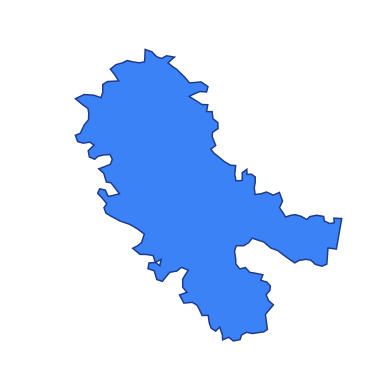 Novo Itacolomi, Paraná, Brazil, rotated 133°
{"feature_id": "56859067B16333418565367", "entity_name": "Novo Itacolomi", "entity_type": "district", "adm_level": 2, "iso_a3": "BRA", "parent_name": "Brazil", "parent_adm1": "Paraná", "projection": "robinson", "projection_center": [-51.532, -23.781], "detail": "fine", "context": "isolated", "style": "filled", "palette": "blue", "viewbox_px": 384, "rotation_deg": 133, "n_neighbors": 0, "source": "geoboundaries", "source_scale": "gbopen_adm2", "svg_char_len": 2570}
<svg xmlns="http://www.w3.org/2000/svg" viewBox="0 0 384 384"><g transform="rotate(133 192 192)"><path d="M267.2,56.2L262.8,58.2L257.5,56.5L254.4,51.4L245.3,44.1L241.1,43.1L231.4,54.9L219.0,55.5L219.2,61.8L216.6,67.7L210.8,68.0L207.3,70.6L206.8,75.7L209.7,81.6L204.2,83.7L207.9,89.8L211.4,95.0L210.8,101.4L215.7,104.7L214.6,111.1L211.5,114.0L206.2,120.6L201.1,123.0L196.0,117.5L190.2,116.0L184.7,116.5L182.3,111.1L179.6,105.5L179.2,96.2L176.3,89.3L175.6,81.6L174.7,74.7L173.8,68.5L168.9,67.0L163.5,62.7L160.8,58.5L160.8,52.6L157.7,46.4L152.8,44.2L140.2,54.4L135.3,47.5L109.3,64.4L114.4,70.4L117.4,67.0L121.0,69.6L123.0,75.4L120.1,79.1L124.0,85.0L129.6,89.0L133.9,89.3L135.3,95.5L138.1,100.9L141.4,103.7L146.4,106.5L144.9,112.2L143.8,117.3L136.9,119.6L132.7,127.8L138.9,130.4L141.2,137.5L146.4,140.4L150.8,144.2L146.4,149.4L142.0,152.2L137.8,156.1L138.5,160.7L141.6,163.8L138.0,167.4L143.6,168.4L149.3,163.2L153.9,167.3L150.0,172.7L142.9,178.1L146.2,182.2L147.7,189.2L148.6,202.6L147.8,207.5L141.8,206.4L137.8,214.9L134.3,217.7L127.8,216.2L123.6,220.5L124.1,226.7L119.5,232.1L123.3,236.2L117.4,240.0L121.3,244.5L122.6,251.9L124.0,259.3L119.2,257.5L113.1,254.7L108.9,249.6L104.0,252.2L105.3,260.4L108.6,263.4L113.9,268.1L113.0,275.8L112.8,287.0L113.5,291.9L113.9,297.6L109.5,297.3L105.3,296.8L109.7,303.5L115.0,305.2L117.2,310.1L116.8,317.0L119.7,323.5L125.3,318.6L129.2,315.5L133.4,318.6L136.5,323.0L140.1,329.1L144.9,330.9L150.8,334.5L157.9,335.5L158.9,328.4L160.8,321.4L168.8,329.1L174.3,330.6L179.8,325.3L185.1,322.9L188.2,329.9L194.2,337.3L203.3,340.9L202.8,332.2L201.9,325.0L204.6,321.4L209.7,317.0L216.6,316.5L225.4,313.7L230.0,316.0L233.1,310.1L230.6,305.0L225.2,300.7L224.5,295.7L232.7,296.0L236.4,290.9L234.4,285.5L230.2,285.2L225.4,282.1L220.5,277.5L222.5,272.6L227.6,270.6L238.7,276.0L238.5,269.3L243.1,261.4L240.5,257.5L241.9,249.1L242.7,243.9L248.1,247.2L252.4,250.3L249.7,256.7L252.6,261.7L257.3,260.1L257.7,253.4L258.7,246.3L263.5,245.7L266.1,240.6L265.0,235.0L262.3,224.9L258.1,215.4L256.2,206.9L255.3,198.2L263.4,194.4L268.9,195.2L273.6,197.0L273.1,187.6L268.6,182.5L265.0,177.1L268.5,170.7L273.2,175.1L278.1,171.9L275.4,165.8L280.0,158.1L277.6,152.7L271.9,153.2L265.9,153.5L260.0,149.1L254.4,148.4L251.7,141.4L257.2,140.4L262.1,139.4L268.1,133.7L268.8,127.3L275.8,130.9L278.8,122.2L272.5,116.5L271.3,111.1L273.0,106.3L275.4,100.4L271.2,96.0L276.1,89.9L278.5,85.2L277.6,79.8L271.9,79.6L275.7,72.4L279.2,68.8L273.2,66.0L272.7,60.1L267.2,56.2ZM268.5,170.7L262.3,168.6L267.9,165.3L268.5,170.7Z" fill="#3b82f6" stroke="#1e3a8a" stroke-width="1.5"/></g></svg>